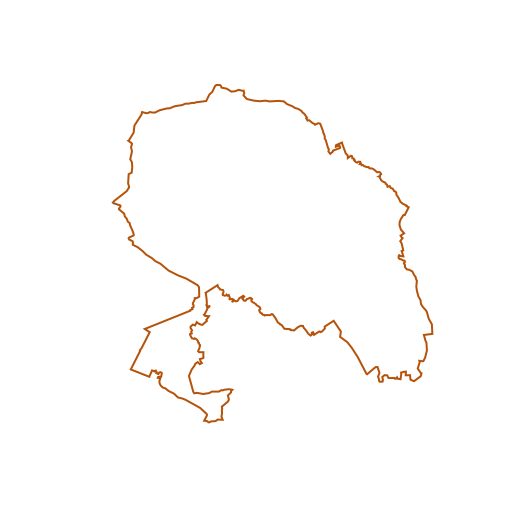 Barnova, Iasi, Romania, rotated 157°
{"feature_id": "2599482B29506640836686", "entity_name": "Barnova", "entity_type": "district", "adm_level": 2, "iso_a3": "ROU", "parent_name": "Romania", "parent_adm1": "Iasi", "projection": "natural_earth1", "projection_center": [27.626, 47.082], "detail": "fine", "context": "isolated", "style": "outline", "palette": "amber", "viewbox_px": 512, "rotation_deg": 157, "n_neighbors": 0, "source": "geoboundaries", "source_scale": "gbopen_adm2", "svg_char_len": 6128}
<svg xmlns="http://www.w3.org/2000/svg" viewBox="0 0 512 512"><g transform="rotate(157 256 256)"><path d="M350.7,118.3L350.5,121.8L348.8,124.3L347.7,127.3L346.7,128.9L346.3,130.7L338.9,132.9L337.4,134.0L336.9,134.9L336.4,138.6L332.3,140.2L331.8,141.3L330.1,142.1L332.8,143.9L337.4,145.3L339.2,145.3L340.1,146.0L343.2,145.7L349.6,148.4L352.8,148.1L358.7,149.7L363.8,153.1L366.5,153.7L366.8,155.5L364.6,171.8L359.6,176.6L355.3,179.2L354.0,180.5L351.1,181.1L350.0,178.4L347.7,178.6L348.2,180.8L347.9,183.1L344.6,182.6L343.8,183.4L343.7,184.3L342.0,188.0L345.9,189.6L346.5,191.0L344.0,193.4L342.3,195.8L342.7,196.2L342.5,198.5L343.0,198.8L342.7,200.5L343.4,202.8L344.6,204.2L345.4,203.9L347.2,205.4L347.5,208.9L347.2,209.9L345.4,209.8L345.3,211.5L343.9,212.6L344.4,215.3L343.8,216.6L340.9,217.5L339.2,215.9L336.4,218.3L335.4,216.4L333.7,214.5L332.3,213.6L326.6,215.4L326.7,216.6L322.8,219.0L326.4,220.8L326.8,222.3L326.1,222.3L320.5,227.2L318.6,227.6L318.5,228.1L320.9,228.5L320.6,229.2L320.8,230.0L320.4,230.0L318.7,234.4L316.7,241.3L316.8,241.8L302.8,244.2L303.1,242.4L302.2,240.2L302.3,239.5L299.6,237.4L299.9,235.6L301.7,233.7L301.8,233.1L300.4,231.7L299.0,231.4L298.2,232.0L297.6,230.5L296.3,230.7L296.4,228.0L297.2,226.8L297.1,226.4L294.7,225.8L293.8,224.8L295.5,223.4L295.2,223.1L293.4,223.6L292.2,222.1L290.7,221.8L287.7,223.7L283.3,224.3L282.7,223.3L285.2,222.0L284.5,219.6L283.1,218.9L281.4,219.8L277.8,219.8L277.2,219.4L276.4,217.9L277.6,217.3L277.8,216.2L277.0,214.5L276.3,214.0L274.9,211.6L274.6,210.4L273.1,208.4L272.4,206.8L272.7,205.5L274.3,204.9L274.2,202.0L273.0,200.8L273.1,200.0L272.5,199.1L271.6,198.7L271.2,197.8L270.0,197.8L266.1,196.0L264.2,196.4L263.4,195.7L262.3,191.0L261.9,186.4L260.5,184.2L260.6,183.8L259.3,182.3L258.3,177.9L253.7,175.6L252.9,174.9L253.1,174.3L250.0,172.6L245.4,174.1L242.1,174.3L240.0,173.2L240.2,171.6L239.1,168.2L238.2,163.9L236.8,161.4L235.3,161.9L234.6,163.6L233.3,163.6L233.1,162.3L233.7,161.4L233.5,160.7L227.5,161.8L226.8,161.6L226.4,160.7L224.8,160.7L221.0,162.3L220.3,164.2L209.8,166.0L207.4,153.3L210.2,148.7L205.6,141.0L203.7,134.0L201.8,122.9L200.4,104.9L200.4,103.7L200.7,103.5L189.4,107.0L187.5,106.3L188.0,100.2L190.8,97.2L190.8,95.7L191.5,92.8L191.2,91.9L188.6,90.9L187.6,92.3L187.0,95.3L184.2,96.1L181.8,94.8L181.8,92.2L181.1,91.6L176.2,89.6L176.2,88.9L175.0,88.3L173.6,89.2L173.5,87.7L171.1,86.1L168.5,90.4L168.0,92.0L165.1,91.6L163.2,91.0L164.8,87.7L160.8,86.1L162.1,81.8L159.5,79.0L151.3,81.0L149.5,83.4L150.0,83.7L151.1,89.2L146.8,94.3L146.6,95.7L143.5,93.9L142.9,93.9L140.0,96.4L135.5,102.4L133.0,109.6L133.1,111.7L132.3,117.7L124.1,115.4L120.8,124.4L121.5,130.7L120.6,137.6L120.8,139.4L122.3,143.8L122.9,147.3L121.8,151.0L122.3,155.5L121.4,161.5L120.3,165.4L117.5,170.5L117.7,171.7L117.3,174.7L117.9,176.7L118.1,180.7L120.3,183.4L122.4,184.8L123.0,186.7L123.2,188.0L122.4,189.3L122.7,191.6L121.2,192.3L121.1,193.7L122.1,194.2L124.0,196.6L124.9,197.1L125.4,198.2L125.3,199.0L124.5,200.5L123.8,200.8L123.1,199.6L120.5,198.1L120.0,203.7L118.3,203.6L117.0,210.8L117.4,213.3L114.1,215.2L114.5,215.9L115.0,218.2L110.8,219.0L112.3,223.7L111.9,228.2L110.5,231.1L108.3,233.4L104.3,236.1L103.0,235.6L96.4,241.2L98.0,243.0L97.6,243.4L97.8,243.8L100.3,246.5L101.9,249.4L102.0,253.3L102.8,257.7L102.1,259.6L102.5,260.9L103.5,261.6L103.8,264.5L105.4,266.0L105.6,268.1L107.9,268.3L107.6,270.7L108.4,271.7L108.3,273.0L110.3,275.1L111.2,276.8L111.4,280.7L111.9,281.2L110.5,281.2L110.0,282.1L108.8,282.5L109.1,284.4L109.9,285.2L111.8,285.8L113.6,289.5L114.9,291.2L117.4,292.4L117.6,293.9L119.4,294.5L120.3,295.7L121.3,296.2L122.0,297.9L123.3,298.3L123.1,298.9L123.3,299.7L124.5,300.1L123.2,301.2L123.2,302.0L125.0,302.8L126.4,302.4L127.0,302.9L127.9,304.4L127.7,305.7L128.3,305.9L127.9,307.4L129.2,308.3L128.6,310.2L129.5,311.2L133.2,310.3L132.3,312.7L133.3,315.4L132.8,325.2L132.5,326.8L138.8,326.8L139.3,326.4L139.8,325.4L136.1,325.1L136.0,323.5L136.4,322.6L144.0,322.9L144.4,322.1L147.7,321.0L148.5,323.9L147.2,325.9L147.5,327.2L146.5,335.6L146.9,337.1L146.0,339.2L145.7,342.0L146.0,342.9L145.5,344.9L145.2,352.6L146.7,353.9L150.4,353.8L150.5,354.7L151.9,356.1L154.1,360.3L155.6,360.5L156.0,363.1L155.0,363.3L155.1,363.9L156.0,368.1L157.1,369.8L157.4,371.6L159.5,374.7L162.2,377.0L164.1,379.7L168.1,383.7L169.9,387.4L174.5,389.9L183.1,393.0L186.6,395.3L192.1,397.0L197.5,400.0L202.7,403.8L203.3,404.6L204.7,408.7L204.4,409.3L203.2,410.4L202.8,413.0L203.4,413.0L207.0,415.7L210.6,415.8L214.4,416.9L217.6,421.5L222.0,424.5L221.8,425.9L222.2,427.3L225.7,428.9L227.3,428.4L232.2,424.1L235.8,422.9L241.3,418.1L250.7,420.8L253.6,421.1L254.6,421.8L258.6,422.6L261.4,423.8L265.0,423.8L272.3,425.6L277.8,425.7L280.5,426.7L287.8,427.8L293.0,427.5L295.8,428.8L297.3,430.0L299.8,429.8L301.0,430.2L304.6,433.0L306.3,430.8L316.9,423.6L320.5,417.3L327.8,412.1L328.5,412.0L326.3,408.2L326.3,407.6L328.5,405.0L329.3,400.7L333.9,394.3L333.6,390.8L335.1,386.3L337.9,381.3L341.2,381.1L345.3,372.9L345.9,368.8L349.7,366.2L364.7,362.2L366.9,361.1L366.4,360.1L361.2,355.6L361.1,355.1L361.5,354.4L363.6,353.2L363.9,352.5L360.8,346.5L361.3,343.6L360.5,341.3L360.5,337.6L359.4,335.6L359.9,333.9L359.8,326.6L360.2,323.2L360.7,322.7L365.6,322.6L366.4,322.0L366.3,320.7L363.8,317.8L363.9,316.8L365.0,314.4L361.5,310.4L358.5,304.9L356.6,300.2L352.5,294.5L350.8,290.8L347.0,286.2L342.2,276.8L335.6,268.9L328.9,262.3L321.2,252.0L320.7,250.2L320.8,249.1L324.1,240.8L326.9,240.4L328.9,241.1L329.1,240.2L332.6,237.1L332.9,236.5L332.7,235.0L333.5,233.4L335.0,233.4L335.2,231.9L337.5,232.0L337.8,231.3L386.9,232.3L383.6,227.4L397.3,215.9L399.7,214.6L399.7,213.9L415.6,200.5L401.4,186.5L396.4,191.3L394.5,189.4L393.9,189.9L392.9,189.6L392.9,188.1L393.5,187.3L392.5,186.6L392.7,186.1L391.9,185.5L390.7,186.6L389.3,186.4L388.4,185.0L390.5,181.9L392.5,182.8L393.6,182.8L394.1,182.2L392.1,180.6L393.9,178.4L394.5,176.3L394.3,173.8L393.0,171.1L391.1,169.6L389.2,165.9L385.3,161.4L383.1,156.3L379.5,153.6L377.0,151.1L366.8,138.0L363.3,130.3L363.1,129.2L363.6,128.3L368.1,124.6L365.7,123.3L364.7,121.5L364.0,121.1L361.9,121.3L357.8,119.8L355.2,120.4L350.7,118.3Z" fill="none" stroke="#b45309" stroke-width="2"/></g></svg>